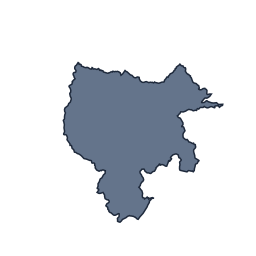 outline of Henan, rotated 35°
{"feature_id": "CHN-1812", "entity_name": "Henan", "entity_type": "Province", "adm_level": 1, "iso_a3": "CHN", "parent_name": "China", "parent_adm1": "", "projection": "equal_earth", "projection_center": [114.102, 33.88], "detail": "fine", "context": "isolated", "style": "filled", "palette": "slate", "viewbox_px": 256, "rotation_deg": 35, "n_neighbors": 0, "source": "natural_earth", "source_scale": "10m", "svg_char_len": 5857}
<svg xmlns="http://www.w3.org/2000/svg" viewBox="0 0 256 256"><g transform="rotate(35 128 128)"><path d="M137.5,45.6L138.5,46.3L139.8,46.2L140.3,45.8L140.9,46.0L141.9,47.3L142.3,48.5L144.6,49.5L146.2,49.7L146.8,49.3L148.3,49.7L149.2,49.5L149.8,50.3L151.1,50.6L154.6,53.1L156.1,53.3L158.4,52.5L160.5,52.9L161.5,52.7L163.4,54.3L163.6,54.6L163.4,55.5L163.7,55.7L164.9,55.5L165.4,55.2L166.3,54.2L166.9,52.6L168.2,51.4L168.9,51.7L170.1,51.5L171.2,52.0L172.8,54.7L173.4,55.0L174.1,54.8L175.3,53.4L176.8,52.4L176.8,55.2L175.9,57.7L175.3,58.4L174.0,59.2L173.7,59.8L173.3,64.3L173.7,64.9L174.8,64.3L175.8,63.3L176.1,62.5L176.5,60.9L177.0,60.4L178.6,60.4L182.0,59.4L183.7,58.5L186.0,56.5L188.4,56.8L189.2,56.4L192.0,54.2L192.4,55.0L192.3,55.6L191.7,56.2L191.0,58.6L189.3,58.0L189.0,58.3L188.8,58.2L186.8,60.0L186.7,60.6L187.3,61.2L187.4,61.5L187.1,61.9L184.3,62.5L183.5,63.1L182.3,65.1L181.7,65.8L180.8,66.3L178.8,66.7L178.0,66.6L177.9,67.5L177.7,68.1L175.5,69.6L175.3,70.1L175.2,71.5L175.0,72.0L174.0,72.1L173.7,72.8L174.1,74.0L174.0,74.4L173.1,74.7L171.7,76.4L171.1,76.6L169.3,76.7L168.8,77.2L167.2,77.8L166.2,79.4L165.6,81.0L164.1,83.1L161.9,84.5L162.2,86.4L161.8,87.6L161.8,89.1L161.5,89.8L163.2,90.5L164.8,90.0L165.5,90.1L170.1,92.3L171.1,93.7L171.0,95.7L171.3,96.0L172.1,95.4L173.2,95.4L176.3,97.6L176.3,100.3L176.6,101.5L177.7,103.1L178.8,104.2L181.7,104.5L182.4,104.3L182.9,103.5L184.3,103.8L185.7,104.5L187.5,103.9L189.7,103.7L190.4,102.8L191.6,103.5L192.6,103.0L193.0,103.3L193.7,104.3L194.3,104.6L194.6,105.7L194.3,107.9L194.5,108.6L195.6,110.0L198.4,112.2L199.8,113.9L200.4,114.2L204.4,113.9L204.9,114.1L204.7,115.6L205.0,117.3L204.3,118.4L204.2,119.4L204.9,120.8L205.7,123.1L206.7,124.9L206.5,126.5L205.3,126.3L204.5,127.2L203.8,127.3L202.1,128.1L201.8,128.5L201.6,129.9L201.3,130.2L194.9,132.8L193.8,132.1L192.4,130.1L191.7,128.4L189.9,126.4L189.8,125.9L190.1,124.1L189.7,123.4L188.3,123.1L187.6,122.8L186.7,123.1L184.4,121.2L182.2,121.6L180.3,124.0L179.7,126.7L179.9,128.0L181.2,128.1L181.4,128.5L181.3,131.1L181.1,131.4L180.4,131.0L180.1,131.6L180.7,133.3L181.6,137.1L180.6,137.7L178.2,137.9L176.8,138.4L175.7,140.0L175.3,140.0L174.8,139.3L174.5,139.4L174.3,139.9L174.5,141.3L174.0,142.4L174.0,143.4L173.7,144.4L174.2,145.1L174.5,147.8L174.4,148.3L173.3,149.6L172.8,152.0L172.3,152.5L170.5,153.0L169.4,153.8L166.6,153.6L165.0,152.5L164.5,152.6L163.0,153.8L163.0,155.1L162.7,156.6L163.3,157.5L163.9,158.0L166.1,158.8L167.0,159.5L169.1,160.2L170.6,161.5L170.8,163.4L170.4,164.2L170.4,166.1L170.5,166.9L171.1,168.1L170.9,170.3L172.4,170.5L173.3,171.0L175.4,171.5L177.5,173.2L178.5,175.2L179.6,176.4L180.1,176.6L181.2,176.1L181.8,176.2L182.2,176.6L183.2,174.4L183.3,173.6L184.5,174.0L184.9,173.4L185.8,174.3L186.2,173.2L187.1,171.9L188.1,170.9L189.0,170.8L189.1,171.0L187.8,172.2L187.5,172.8L187.9,173.3L187.5,175.6L188.2,176.9L188.4,179.7L188.9,181.7L189.3,189.2L188.7,193.9L188.7,197.0L187.8,197.3L185.1,196.9L184.4,197.2L183.3,197.2L180.7,198.4L180.1,198.9L179.4,198.9L178.3,200.7L177.8,202.6L175.9,206.1L175.9,207.9L175.5,209.7L174.6,210.1L173.2,210.4L172.8,210.3L172.3,209.3L171.3,208.4L171.2,207.5L171.5,206.3L171.4,205.5L170.0,203.4L169.2,203.7L167.9,206.4L166.9,207.3L166.0,207.6L162.8,207.2L161.8,207.5L160.7,207.4L160.1,207.2L159.5,206.4L158.2,206.2L156.8,204.6L155.1,204.6L154.5,204.4L154.2,202.8L154.2,201.9L154.9,200.5L155.0,199.7L154.7,198.9L154.2,198.5L153.0,198.2L152.1,198.8L149.8,199.0L148.1,197.5L147.3,196.4L144.5,195.1L142.9,197.3L142.2,197.9L141.5,198.3L139.6,198.5L139.6,195.5L138.9,194.9L138.2,195.2L137.5,195.2L137.2,194.7L136.9,192.9L135.4,190.8L135.3,188.5L134.5,186.0L134.5,185.5L135.2,183.8L134.8,180.5L135.3,178.3L133.9,176.0L133.4,176.4L132.4,176.3L131.4,176.8L131.0,177.3L130.7,178.2L130.2,178.2L129.7,178.7L129.4,179.6L129.0,180.0L126.5,180.4L124.0,179.5L123.5,178.5L123.1,178.1L122.1,177.7L121.4,176.6L121.0,176.3L120.1,176.2L119.1,177.1L118.4,177.3L116.7,175.8L115.9,176.0L115.3,176.5L111.8,177.3L109.5,178.3L105.8,177.5L103.8,177.4L102.0,177.6L101.3,178.0L99.3,177.9L98.0,178.5L96.1,177.0L95.4,176.8L94.0,176.8L91.9,174.9L91.6,174.8L90.5,175.5L89.4,174.2L84.8,172.6L84.0,170.8L83.6,170.3L81.8,169.2L80.9,169.1L79.6,170.1L79.0,170.1L78.6,169.6L78.3,167.8L77.8,166.9L75.5,164.6L74.0,161.8L71.8,159.7L70.8,159.1L70.6,158.6L70.8,157.4L70.7,156.9L69.5,155.2L68.7,153.6L68.1,151.5L66.6,150.7L65.4,149.3L64.9,147.7L66.0,144.1L65.4,142.0L65.9,140.0L65.1,137.2L64.2,136.0L62.6,135.2L60.7,133.4L60.4,132.8L60.5,131.6L59.5,129.9L58.0,128.7L56.3,128.1L55.7,127.6L55.7,126.8L56.9,124.4L56.2,122.2L55.8,122.2L55.7,121.8L56.0,119.6L56.4,118.5L56.4,118.0L54.9,117.4L54.2,116.7L52.7,115.9L52.1,115.3L51.8,114.7L51.8,113.9L52.0,113.4L53.0,112.6L53.1,112.1L52.8,111.3L52.4,110.7L50.4,110.0L49.6,108.9L49.3,108.0L49.3,107.3L49.7,106.2L49.6,103.0L50.6,103.0L51.4,103.9L51.7,103.8L52.1,103.2L53.2,103.0L54.4,104.1L55.7,103.5L57.3,103.4L58.8,102.8L59.1,102.6L59.3,102.1L60.3,101.5L63.2,101.3L64.2,100.7L63.9,99.1L64.5,99.0L65.5,99.7L65.9,99.5L66.8,98.6L68.9,97.9L69.2,97.6L69.6,96.3L70.1,96.2L71.7,97.0L71.9,96.9L72.3,96.1L72.5,96.0L73.2,96.4L74.1,95.7L74.7,95.5L75.7,96.2L80.0,94.8L80.3,94.6L80.7,93.7L81.2,93.3L81.9,91.7L83.1,91.0L82.9,90.4L83.2,90.1L84.6,89.7L85.2,88.9L86.0,88.6L86.9,87.6L88.6,87.2L89.0,87.4L90.0,87.2L92.0,88.8L92.6,86.8L92.6,82.6L94.2,82.8L95.0,82.5L99.4,83.1L101.1,82.6L103.3,83.1L104.2,83.1L105.6,82.4L106.3,80.9L107.9,80.1L108.3,80.3L109.1,81.3L111.2,82.4L113.5,82.4L115.0,81.4L115.6,80.3L116.4,79.5L119.0,78.9L120.1,77.6L121.3,77.1L121.9,76.5L122.9,76.5L123.3,75.9L123.4,75.1L124.1,75.1L127.6,73.7L129.5,70.9L130.7,70.0L131.1,69.5L131.0,68.9L130.5,68.0L130.8,65.4L130.6,64.5L130.7,63.8L131.7,63.5L131.4,62.2L131.6,60.9L131.5,59.3L132.4,58.1L133.0,56.1L132.8,54.5L133.2,53.3L132.6,52.2L133.2,51.2L132.7,50.3L133.9,46.6L133.9,45.9L136.0,46.4L137.5,45.6Z" fill="#64748b" stroke="#1e293b" stroke-width="1.5"/></g></svg>